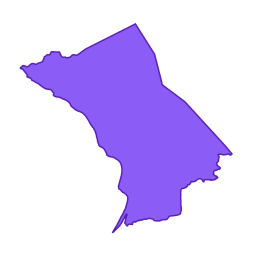 outline of Balfate, Colón, Honduras, rotated 264°
{"feature_id": "27666195B79832367470433", "entity_name": "Balfate", "entity_type": "district", "adm_level": 2, "iso_a3": "HND", "parent_name": "Honduras", "parent_adm1": "Colón", "projection": "equal_earth", "projection_center": [-86.341, 15.768], "detail": "fine", "context": "isolated", "style": "filled", "palette": "violet", "viewbox_px": 256, "rotation_deg": 264, "n_neighbors": 0, "source": "geoboundaries", "source_scale": "gbopen_adm2", "svg_char_len": 5546}
<svg xmlns="http://www.w3.org/2000/svg" viewBox="0 0 256 256"><g transform="rotate(264 128 128)"><path d="M91.4,228.7L100.3,222.6L148.1,187.3L167.6,166.3L169.9,166.3L198.6,162.1L230.7,146.2L211.0,94.2L205.6,84.9L205.9,84.2L206.5,81.6L206.5,80.9L206.4,80.3L205.6,79.3L204.8,78.2L204.4,77.7L204.4,77.3L204.3,75.9L204.0,74.3L204.2,73.9L204.9,73.5L205.0,73.1L205.1,72.6L205.1,71.9L205.1,70.8L205.2,70.3L205.8,69.7L206.9,69.1L207.8,68.7L209.0,68.3L209.7,68.1L210.5,67.9L210.9,67.4L210.8,66.7L210.9,65.3L211.7,61.0L211.7,60.2L211.6,59.8L211.4,59.5L209.3,57.9L209.1,57.7L209.0,57.2L209.2,55.9L209.2,55.4L209.1,55.0L208.9,54.5L208.1,53.5L207.5,52.2L207.3,52.1L206.4,51.9L205.0,51.1L204.6,50.7L204.0,50.6L203.5,50.4L202.9,49.9L202.8,49.7L202.7,49.5L202.3,48.0L201.9,45.8L201.7,45.1L201.1,43.9L201.0,43.2L201.0,42.8L201.1,42.4L201.6,41.5L202.0,40.6L202.1,39.6L202.0,38.9L201.9,38.5L201.1,37.4L200.5,36.3L199.7,35.4L199.6,35.0L199.5,34.5L199.5,34.2L199.6,33.7L200.7,31.3L201.0,30.3L201.0,29.9L200.9,29.6L200.3,29.2L200.0,28.9L199.8,28.5L199.7,28.0L199.3,27.6L199.1,27.4L198.8,27.3L198.6,27.5L198.3,27.6L198.2,27.8L197.9,28.8L197.1,29.8L196.6,30.1L196.1,30.2L195.1,31.0L193.8,31.8L193.3,32.0L192.7,32.6L192.0,33.1L191.4,33.2L190.9,33.4L189.9,33.1L189.4,32.9L189.2,33.1L189.3,33.7L189.2,34.0L188.3,35.0L187.6,36.5L187.2,36.8L185.9,37.2L185.4,37.5L184.8,39.0L183.9,39.9L183.2,40.9L182.5,41.8L181.9,43.0L181.7,43.3L181.2,43.9L179.4,45.4L179.1,45.9L178.3,46.8L177.6,47.6L176.8,48.5L176.2,49.5L175.8,49.8L175.6,50.2L175.2,51.7L174.9,52.6L174.5,54.1L174.1,55.3L173.9,55.5L173.7,55.7L172.6,56.4L172.2,56.7L171.0,57.2L170.5,57.8L169.8,57.8L168.9,57.3L168.6,57.3L168.3,57.4L167.3,58.2L167.2,58.4L167.0,59.0L166.6,59.5L166.4,60.6L166.1,62.1L165.8,63.0L165.2,64.1L164.0,65.9L163.6,66.6L163.5,67.1L163.2,67.4L162.7,68.4L162.1,69.5L161.2,70.5L160.6,71.3L159.3,72.2L158.5,72.8L156.7,73.4L155.9,73.7L155.3,74.1L153.8,75.6L151.9,77.4L150.3,79.7L149.7,81.0L148.9,82.7L148.1,83.9L147.3,84.7L146.6,85.4L145.9,86.0L144.3,87.2L143.5,87.6L142.7,88.0L140.8,89.0L139.7,89.5L138.6,90.0L136.3,90.9L134.9,91.5L134.1,92.1L132.6,92.8L132.0,93.4L130.8,94.0L130.0,94.2L128.6,94.9L127.8,95.1L126.3,95.4L124.9,95.8L123.4,95.8L122.0,95.9L120.5,96.3L117.6,96.4L116.6,96.8L115.4,97.0L113.5,97.4L112.7,98.1L112.0,99.2L111.6,100.0L110.7,101.2L109.1,102.3L108.4,102.7L106.4,103.4L105.2,103.9L103.4,104.2L103.0,104.4L101.8,106.2L101.4,106.9L101.3,107.5L100.6,109.8L99.9,111.3L96.7,115.1L95.9,115.8L95.0,116.4L94.0,116.8L92.5,117.3L91.6,117.5L88.7,117.7L85.9,117.6L84.3,117.3L82.6,116.8L81.0,116.3L74.1,113.6L73.3,113.4L71.4,112.5L70.6,112.3L70.1,112.5L69.6,112.5L69.0,112.4L68.4,112.6L68.0,113.1L67.7,113.7L67.4,114.0L66.9,114.4L65.9,114.9L65.3,115.4L64.7,115.9L63.8,117.4L63.3,118.0L62.4,119.0L61.2,119.8L60.5,120.1L59.6,120.4L58.5,120.5L56.9,120.3L54.9,119.7L50.0,117.8L48.7,117.3L47.7,116.8L45.8,115.4L43.9,114.4L42.2,113.3L39.7,111.4L37.7,110.2L35.0,108.4L33.1,107.3L28.1,103.4L25.3,101.5L27.0,103.7L30.7,108.2L31.5,109.3L32.1,109.9L32.5,110.2L33.3,110.7L34.4,111.7L35.5,112.5L37.7,114.0L40.0,115.6L41.9,116.8L42.3,117.1L42.5,117.4L42.4,117.7L42.2,117.9L41.5,117.8L40.2,117.2L39.7,117.0L38.3,116.3L36.6,115.9L35.6,115.5L35.1,115.4L34.8,115.2L34.5,115.0L34.3,114.9L33.6,115.0L32.6,115.8L31.7,116.1L30.7,116.9L30.7,117.0L30.9,117.4L31.4,117.7L31.9,118.0L32.1,118.4L32.3,118.8L32.3,119.3L32.1,119.8L32.0,120.6L31.9,121.7L31.8,122.1L31.8,122.4L32.0,122.6L32.8,122.6L33.1,122.7L33.7,123.4L34.2,124.5L34.3,124.8L34.2,124.9L33.7,125.4L33.7,125.6L33.8,126.0L34.5,127.3L35.0,128.5L34.9,128.7L34.7,129.2L34.7,129.4L34.7,129.5L35.1,130.2L34.9,131.3L34.9,131.8L35.8,134.7L35.7,135.0L35.4,135.8L35.4,136.2L35.4,136.8L35.6,137.4L35.6,138.0L36.0,139.3L36.1,139.8L35.4,141.0L35.3,141.4L35.2,142.3L34.8,143.2L34.5,143.5L33.4,144.3L33.2,144.5L32.7,146.3L32.3,149.7L32.5,150.4L32.9,151.8L33.1,152.6L33.1,153.2L33.1,153.9L32.9,155.5L33.0,156.4L33.2,157.1L33.3,157.4L33.6,157.7L35.4,159.4L35.8,160.0L36.0,160.5L36.2,161.9L36.0,162.7L36.1,165.9L36.1,166.9L36.3,168.4L36.7,170.0L37.0,170.6L37.3,171.0L37.7,171.3L39.3,171.8L40.5,172.3L41.3,172.5L42.0,172.6L44.0,172.6L45.6,172.4L46.5,172.5L50.8,173.0L52.5,173.0L56.4,173.5L58.1,173.6L59.5,173.8L60.8,174.1L61.2,174.3L61.6,174.6L62.0,175.1L62.2,175.7L62.2,176.5L62.4,177.7L62.8,179.1L63.0,179.7L64.1,180.9L65.2,181.3L65.2,181.5L65.2,182.8L65.3,183.1L66.7,184.5L67.9,185.0L68.1,185.2L68.2,185.4L68.1,185.6L67.8,186.3L67.7,186.7L67.8,187.2L68.0,189.1L68.6,190.3L69.7,192.0L70.1,192.9L70.0,194.4L69.8,195.0L69.6,195.6L68.5,196.5L67.6,196.8L67.3,196.9L66.8,197.4L66.6,197.8L66.9,198.0L68.0,198.0L68.4,198.4L68.5,198.8L68.6,199.2L68.5,200.1L68.3,201.6L68.1,202.9L68.0,203.4L68.0,203.7L68.1,204.1L68.1,204.4L68.0,204.6L67.4,204.9L67.3,205.1L67.3,205.4L67.4,206.8L67.5,207.5L67.6,209.0L68.3,210.2L68.7,211.1L69.1,211.8L69.3,212.0L69.4,211.9L69.6,211.0L69.7,210.8L70.1,210.9L70.4,211.0L70.5,211.3L70.8,211.1L71.2,210.1L71.7,209.3L73.0,208.2L73.3,208.0L73.6,208.0L73.8,208.1L73.8,208.4L74.0,208.5L75.5,208.5L76.0,208.7L76.2,208.9L76.5,209.7L76.7,210.5L76.7,211.0L76.9,211.8L77.5,213.2L77.6,213.5L77.5,213.8L77.5,214.8L78.0,215.3L78.4,215.4L78.5,215.5L78.9,215.4L79.3,215.2L79.6,214.8L80.4,213.9L81.2,212.9L81.5,212.8L82.5,212.7L83.3,212.3L83.6,212.4L84.3,212.9L85.1,214.1L85.4,214.3L85.7,214.4L88.0,214.9L89.8,215.6L90.6,215.4L91.6,214.8L92.2,215.0L92.3,215.2L92.4,215.3L92.3,217.3L91.9,218.7L91.4,219.9L91.3,221.5L91.4,223.0L91.5,223.6L91.6,224.2L91.6,225.4L91.4,225.7L90.6,226.5L90.4,227.0L90.5,227.5L91.4,228.7Z" fill="#8b5cf6" stroke="#5b21b6" stroke-width="1.5"/></g></svg>